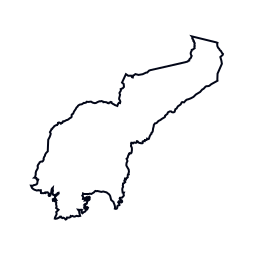 Juscimeira, Mato Grosso, Brazil, rotated 353°
{"feature_id": "56859067B77802724156485", "entity_name": "Juscimeira", "entity_type": "district", "adm_level": 2, "iso_a3": "BRA", "parent_name": "Brazil", "parent_adm1": "Mato Grosso", "projection": "natural_earth1", "projection_center": [-55.01, -16.21], "detail": "fine", "context": "isolated", "style": "outline", "palette": "ink", "viewbox_px": 256, "rotation_deg": 353, "n_neighbors": 0, "source": "geoboundaries", "source_scale": "gbopen_adm2", "svg_char_len": 5800}
<svg xmlns="http://www.w3.org/2000/svg" viewBox="0 0 256 256"><g transform="rotate(353 128 128)"><path d="M33.6,154.7L33.8,155.7L33.4,157.2L31.5,159.7L30.8,161.6L30.9,162.4L30.2,164.4L29.8,165.3L28.9,165.9L30.9,166.4L30.9,167.3L31.2,168.0L32.0,167.8L32.6,168.2L31.7,169.9L31.1,172.1L30.3,172.8L28.5,173.2L27.5,173.2L26.5,173.7L24.7,173.4L25.5,175.9L26.7,177.2L27.7,177.9L30.0,179.0L31.4,178.7L32.1,179.2L33.1,179.0L33.9,179.1L33.7,181.9L34.5,182.2L35.2,182.2L36.0,182.4L37.1,182.3L37.8,181.9L38.1,182.5L39.7,181.9L40.5,182.1L41.0,183.0L41.6,183.4L41.0,185.1L41.4,185.9L42.1,185.9L42.7,185.4L43.7,183.4L44.7,179.7L45.2,178.8L46.1,178.1L45.8,179.3L45.9,181.3L45.4,182.3L45.2,183.3L45.4,184.1L45.4,185.0L46.4,185.7L48.6,185.2L49.3,185.3L48.8,186.3L47.2,187.3L47.0,188.3L48.0,190.6L47.1,190.4L45.7,189.2L44.7,189.5L44.6,190.4L44.7,191.2L45.5,191.1L47.6,192.7L47.7,193.6L47.4,194.3L47.3,195.4L47.6,197.0L46.9,198.6L47.6,199.1L47.9,199.8L48.5,200.1L49.1,200.7L46.5,202.7L46.7,203.8L46.6,205.0L44.6,208.0L44.3,209.0L45.0,209.3L47.0,209.1L48.7,208.4L49.5,208.4L49.8,207.7L50.7,207.8L51.0,208.6L51.8,209.4L52.7,209.1L53.5,209.5L54.2,210.1L54.9,211.2L55.8,211.0L56.6,209.4L58.3,209.8L59.0,209.7L60.0,209.4L60.4,208.4L61.0,208.8L62.0,208.5L63.7,209.4L64.6,209.4L66.2,208.9L67.8,209.5L69.8,209.4L69.3,206.1L69.5,205.0L68.5,203.0L70.0,203.4L71.6,203.4L72.2,203.6L71.9,204.5L71.9,205.4L71.7,206.3L72.4,207.1L73.7,206.2L75.4,205.6L76.4,204.3L76.6,203.4L75.7,202.7L74.9,202.7L74.8,201.2L76.2,200.4L76.0,199.5L75.2,199.0L75.7,198.5L76.5,198.1L77.3,198.3L77.9,198.0L78.5,196.2L79.0,195.4L80.7,194.7L81.2,194.2L81.3,193.1L81.6,192.1L81.1,191.5L80.4,191.7L79.7,192.4L79.7,193.5L79.1,194.5L78.2,194.8L76.4,194.7L77.1,193.9L77.9,193.4L78.3,191.7L75.4,193.0L74.6,192.9L74.8,192.1L75.3,191.4L75.0,190.5L74.4,189.6L75.0,189.0L75.4,187.5L76.5,188.2L77.4,188.3L81.0,188.7L82.1,188.5L83.6,189.0L86.6,187.6L87.1,187.0L88.0,186.5L89.2,186.9L90.0,186.8L93.8,188.2L95.6,188.0L96.9,188.5L98.9,189.3L101.3,191.7L102.0,193.3L102.5,197.3L104.6,199.7L104.8,201.0L105.2,202.2L105.4,203.6L105.5,205.0L105.1,206.4L106.0,206.8L106.9,206.7L107.6,205.9L107.9,204.3L108.7,203.7L110.1,203.5L110.2,202.4L109.2,200.5L110.0,199.6L110.7,199.8L111.5,200.7L112.3,201.1L113.1,200.7L113.3,199.9L113.0,199.1L111.6,198.1L111.1,197.1L111.5,196.3L113.5,196.4L115.2,195.1L115.7,194.3L115.5,193.4L115.6,192.5L116.1,191.6L114.8,191.4L114.8,188.4L115.1,187.1L116.0,185.8L115.8,184.5L116.1,183.7L116.3,182.5L117.2,182.3L118.7,181.3L118.5,180.5L117.9,180.0L118.4,179.3L118.8,178.0L119.8,178.7L120.3,177.5L121.1,177.4L121.8,176.8L121.7,176.0L122.2,174.2L123.1,174.1L123.0,172.9L123.6,171.7L123.6,169.3L122.0,165.6L121.8,164.7L122.3,162.5L123.4,160.8L123.3,159.9L122.8,158.4L124.1,157.4L124.5,156.1L125.1,154.9L126.0,154.3L125.9,153.5L126.6,153.1L127.8,153.5L128.5,152.9L129.2,150.4L129.4,148.3L129.3,147.5L128.8,146.7L128.8,145.9L129.3,144.5L129.1,143.8L129.5,143.0L130.3,143.1L131.3,143.8L132.3,143.1L134.0,143.7L134.9,143.4L135.2,142.2L135.8,142.3L136.8,143.7L137.4,144.2L138.2,144.3L138.9,144.7L140.3,144.9L140.8,144.6L140.9,143.2L141.7,142.9L143.0,143.1L143.3,142.0L144.4,142.2L145.0,142.1L145.6,140.9L146.5,141.5L147.4,141.3L148.5,138.9L149.8,137.1L150.6,136.6L150.7,135.7L151.7,135.0L152.2,134.1L152.8,131.7L153.7,129.5L154.0,128.2L155.3,126.7L156.9,126.6L159.1,124.7L161.4,123.9L162.2,123.3L165.8,121.7L166.2,121.2L166.3,120.3L168.9,118.7L169.3,117.7L169.8,117.2L171.7,116.6L172.8,116.8L173.5,117.6L174.2,117.9L175.3,118.0L176.3,117.5L177.3,115.1L178.6,114.6L180.1,112.6L183.0,111.1L183.5,110.5L184.4,109.1L185.0,108.9L186.7,109.4L188.9,107.5L190.2,106.9L191.1,106.9L193.9,106.2L196.8,105.1L199.5,103.0L204.0,101.0L206.3,98.9L207.8,98.3L210.0,96.4L210.9,96.1L212.7,96.2L213.9,96.0L215.9,94.7L222.6,92.0L222.6,90.7L223.5,85.0L229.0,75.7L228.9,72.6L228.3,68.8L230.9,67.0L231.3,66.1L230.4,64.9L229.6,62.8L228.9,62.2L228.4,61.4L228.1,60.4L227.3,59.5L226.7,57.7L226.7,56.5L226.8,55.3L227.2,54.4L225.9,53.7L202.4,44.8L203.0,45.9L202.7,47.1L203.3,47.7L203.5,48.3L203.4,49.5L204.1,49.9L204.1,51.3L204.6,51.9L204.0,53.8L204.3,54.7L203.7,55.5L203.9,56.9L201.7,58.1L200.8,58.2L200.5,59.3L199.7,60.4L199.3,61.5L199.4,63.0L200.0,64.2L199.4,65.0L199.2,65.7L198.4,66.6L197.8,66.8L197.2,67.5L197.0,68.5L196.1,68.6L195.3,69.3L192.7,69.7L157.3,73.3L155.9,73.6L153.8,75.3L152.8,75.2L149.1,76.4L144.9,76.6L141.9,75.4L140.4,76.3L139.5,76.5L138.9,78.4L138.2,78.1L137.4,76.4L134.6,76.2L132.5,74.3L127.6,82.2L129.1,83.8L129.0,86.7L127.6,87.9L125.5,88.5L125.6,89.5L125.1,90.6L123.9,91.9L123.8,92.7L124.2,94.0L122.9,97.2L122.7,98.2L123.4,99.7L123.6,101.0L123.1,102.3L122.0,101.9L121.0,103.0L120.1,104.8L117.6,103.5L116.9,102.8L116.3,102.5L114.6,101.0L114.7,100.3L114.1,100.0L113.4,100.4L112.6,100.4L112.0,101.1L111.4,101.0L110.7,100.7L110.0,99.9L108.9,99.6L107.5,99.3L106.7,99.4L106.4,98.7L104.9,98.0L103.8,98.2L102.9,98.0L100.7,98.6L99.7,99.1L98.7,99.3L97.7,99.2L96.0,98.5L94.5,97.3L91.8,97.3L90.1,96.9L89.4,97.7L87.8,97.9L87.2,97.7L85.1,98.8L82.9,98.9L81.8,99.4L81.0,99.9L80.5,100.7L79.6,101.2L79.0,101.9L78.6,102.6L76.4,105.1L75.3,107.1L74.3,107.5L73.7,108.0L73.4,110.1L72.7,110.7L71.4,111.2L69.8,112.2L68.8,112.6L68.0,112.6L65.5,113.6L64.5,113.4L63.4,114.9L62.7,114.7L61.9,115.5L61.1,114.5L60.2,114.1L59.2,114.3L59.2,115.3L58.5,115.7L58.1,116.4L57.2,116.4L55.7,116.9L54.8,117.4L54.2,118.2L53.2,118.8L52.6,119.7L51.8,119.9L51.5,120.7L50.0,122.6L50.6,124.1L50.3,125.1L49.2,127.3L47.4,129.9L45.5,141.4L43.8,142.7L42.5,144.3L42.2,145.4L41.2,146.6L40.5,148.0L40.5,149.0L39.7,150.3L38.8,150.9L37.9,150.7L36.9,150.9L36.0,151.4L35.5,152.4L34.5,153.2L33.6,154.7ZM49.3,185.3L49.8,184.4L50.4,183.9L51.2,183.8L51.2,184.6L50.5,184.9L50.0,185.5L49.3,185.3ZM76.6,203.4L77.6,203.8L78.6,202.2L77.9,201.5L77.1,201.6L76.9,202.6L76.6,203.4Z" fill="none" stroke="#020617" stroke-width="2"/></g></svg>